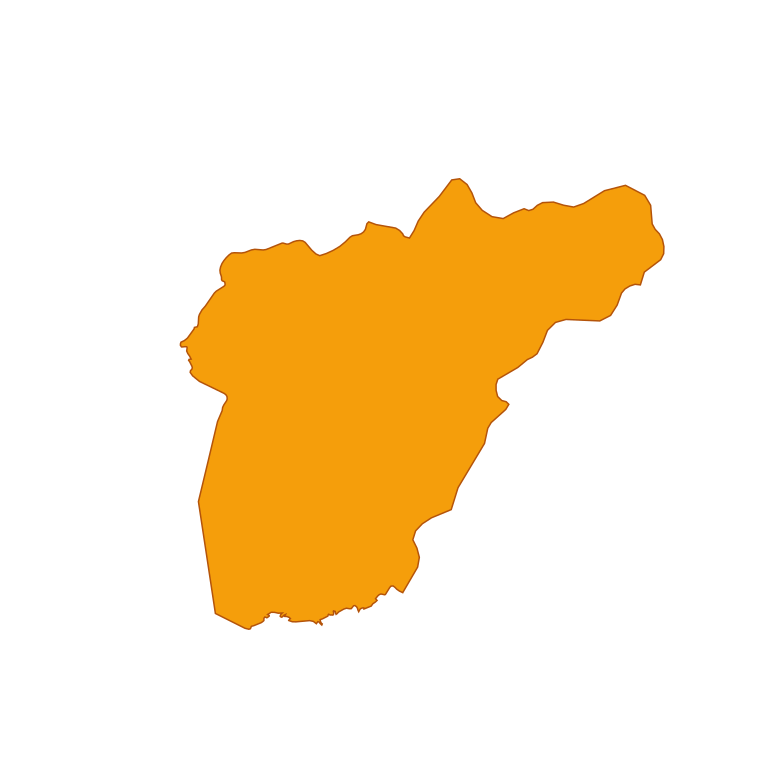 the State of Borno, rotated 204°
{"feature_id": "NGA-2839", "entity_name": "Borno", "entity_type": "State", "adm_level": 1, "iso_a3": "NGA", "parent_name": "Nigeria", "parent_adm1": "", "projection": "robinson", "projection_center": [13.296, 11.875], "detail": "fine", "context": "isolated", "style": "filled", "palette": "amber", "viewbox_px": 768, "rotation_deg": 204, "n_neighbors": 0, "source": "natural_earth", "source_scale": "10m", "svg_char_len": 3603}
<svg xmlns="http://www.w3.org/2000/svg" viewBox="0 0 768 768"><g transform="rotate(204 384 384)"><path d="M444.7,105.8L475.2,153.5L505.7,201.1L513.2,241.6L520.8,282.0L521.0,293.8L521.2,294.5L521.9,297.0L521.8,299.9L521.0,304.6L521.1,306.4L522.3,308.7L524.1,309.9L526.2,310.4L553.6,311.3L562.1,313.6L565.8,315.8L566.2,317.4L565.5,319.6L565.8,321.0L566.7,322.1L570.7,325.4L572.1,326.1L572.1,327.2L571.6,327.5L570.3,328.3L572.9,330.4L575.6,332.0L577.7,333.9L578.6,337.1L579.4,337.8L581.1,337.1L583.0,336.0L584.1,335.5L585.7,336.5L586.3,337.9L586.5,339.6L584.0,342.5L583.6,343.4L583.0,344.4L582.2,346.1L579.9,357.0L580.2,358.6L577.8,360.4L578.1,363.3L580.6,369.9L580.8,371.5L580.9,372.6L580.4,377.7L578.9,382.5L576.0,398.0L575.0,400.6L570.2,407.8L569.5,409.2L569.7,410.5L570.9,412.3L571.5,412.5L573.8,412.5L574.8,413.2L575.3,414.2L575.8,415.3L576.5,416.3L578.7,418.7L580.2,421.3L580.9,424.4L581.0,428.2L580.5,431.4L579.5,435.2L578.1,438.8L576.5,441.6L574.2,443.0L567.3,445.8L564.5,447.7L559.6,452.6L556.8,454.5L548.9,457.3L546.4,458.9L534.5,471.2L533.5,471.7L529.9,472.2L528.2,473.0L524.6,477.2L522.2,479.2L519.3,480.9L516.4,481.7L513.6,481.3L504.3,476.8L499.0,475.1L494.9,475.1L489.8,479.7L484.7,485.5L480.3,491.8L477.1,498.2L474.8,504.2L473.2,506.6L468.2,509.9L466.0,512.0L464.5,514.6L463.9,517.7L464.8,523.5L463.9,525.9L456.1,526.4L436.7,531.2L432.2,530.6L428.0,528.8L426.5,527.4L424.6,527.0L420.1,527.7L418.9,536.4L419.0,546.8L417.2,557.3L409.8,577.8L405.1,598.0L398.3,602.3L389.2,600.0L381.4,594.3L374.0,586.9L364.9,582.6L353.4,580.8L342.4,583.6L335.2,593.1L327.3,601.1L322.3,601.3L319.0,604.2L316.6,609.6L312.9,614.2L303.2,619.1L292.5,620.4L282.7,622.8L275.0,630.1L261.2,650.3L244.2,663.7L222.6,662.4L213.1,655.7L204.1,639.3L199.2,635.6L193.5,633.2L188.4,629.2L184.2,623.4L181.5,616.8L181.8,610.1L191.7,592.1L190.1,578.8L195.2,577.2L199.3,573.5L202.5,568.9L204.0,563.7L203.1,550.9L204.9,538.8L212.5,529.4L244.0,517.0L252.4,510.0L256.5,499.5L255.8,486.7L256.5,473.9L259.3,468.9L263.0,464.6L268.5,453.5L282.0,434.7L281.4,429.1L279.0,423.8L275.1,418.8L269.7,416.8L265.2,417.5L261.7,416.2L262.4,410.3L270.4,392.4L271.2,385.8L268.0,370.6L274.2,319.4L271.5,296.6L286.2,281.1L292.1,272.0L295.4,262.7L294.3,253.4L287.1,247.4L281.2,240.0L278.8,230.4L282.0,201.3L282.0,201.0L285.7,201.1L288.8,201.7L291.3,202.7L293.5,203.2L295.4,202.2L296.0,200.4L297.1,192.3L297.7,191.7L300.7,191.1L301.7,190.7L302.8,189.4L303.5,187.8L304.4,184.4L302.3,183.5L303.2,181.3L304.9,178.5L305.3,176.0L310.2,170.9L310.8,170.3L311.3,171.2L312.2,170.9L313.2,170.1L314.1,169.1L314.3,168.2L314.5,165.7L315.9,166.9L317.0,168.3L318.4,169.3L320.4,169.8L321.6,169.0L322.5,165.5L324.0,164.7L327.1,163.9L329.2,162.0L332.7,157.3L333.6,154.8L333.8,154.7L334.1,154.1L334.9,154.8L335.7,155.8L336.0,156.4L337.8,156.2L337.8,155.6L336.9,154.5L336.4,152.7L336.8,152.1L338.6,151.4L339.1,151.1L339.5,151.0L340.6,151.2L341.0,151.1L341.1,150.7L340.9,149.4L341.0,149.0L344.7,144.4L346.5,142.8L345.7,141.6L344.8,140.6L343.9,140.0L342.8,139.7L342.8,138.5L344.8,139.2L346.6,140.1L347.8,140.0L348.3,137.5L352.0,138.4L355.7,137.6L367.7,130.9L371.1,129.5L374.8,129.2L374.8,130.1L374.1,131.6L375.6,132.2L378.1,132.1L380.2,131.3L380.3,131.8L380.2,133.4L381.2,132.3L382.2,129.8L383.0,129.2L384.3,129.5L384.6,130.7L384.3,132.2L383.8,133.4L387.4,131.6L391.0,130.9L394.2,129.6L396.6,126.1L394.7,125.8L394.5,125.1L395.7,123.0L396.3,122.7L397.2,122.8L398.1,122.6L398.4,121.3L398.2,120.5L397.6,119.4L397.6,118.8L398.3,117.3L399.2,115.9L404.6,110.3L406.6,108.7L406.5,106.1L407.7,105.0L411.6,104.3L444.7,105.8Z" fill="#f59e0b" stroke="#b45309" stroke-width="1.5"/></g></svg>